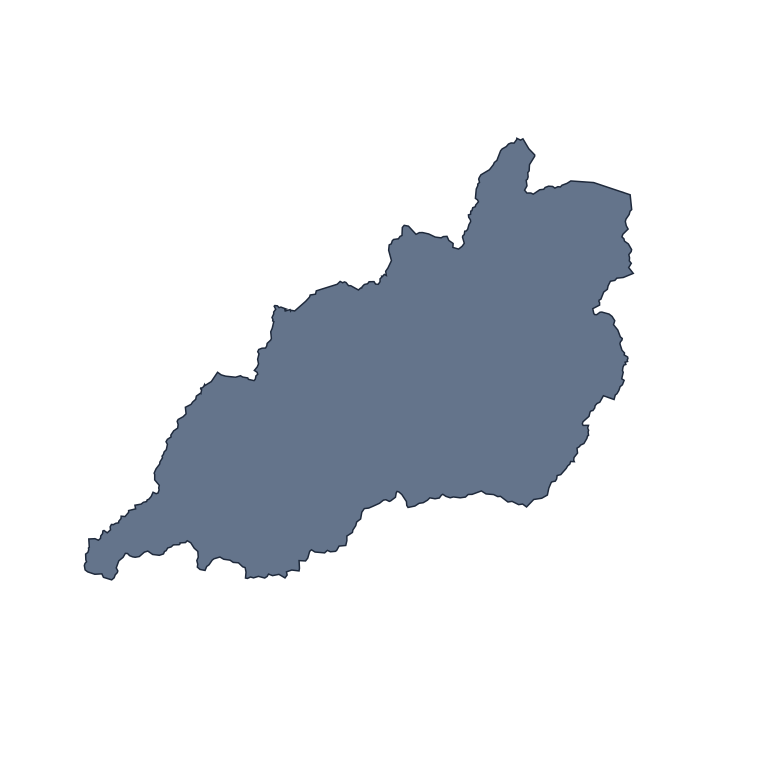 Queenstown-Lakes District, Otago, New Zealand, rotated 200°
{"feature_id": "76426892B58919482239418", "entity_name": "Queenstown-Lakes District", "entity_type": "district", "adm_level": 2, "iso_a3": "NZL", "parent_name": "New Zealand", "parent_adm1": "Otago", "projection": "mercator", "projection_center": [168.951, -44.661], "detail": "fine", "context": "isolated", "style": "filled", "palette": "slate", "viewbox_px": 768, "rotation_deg": 200, "n_neighbors": 0, "source": "geoboundaries", "source_scale": "gbopen_adm2", "svg_char_len": 6171}
<svg xmlns="http://www.w3.org/2000/svg" viewBox="0 0 768 768"><g transform="rotate(200 384 384)"><path d="M223.5,317.5L216.2,316.7L212.7,318.6L208.0,317.2L203.8,326.7L196.7,330.6L192.5,335.5L193.5,342.6L193.2,348.4L192.6,349.6L189.8,351.3L189.3,353.8L190.0,357.2L186.9,359.3L183.9,367.0L183.4,369.9L182.0,372.2L182.1,375.0L178.6,376.1L179.7,377.3L180.3,379.9L178.5,385.3L180.7,389.7L178.8,392.2L178.6,393.6L175.8,396.4L174.7,402.3L175.0,404.7L174.2,405.7L175.8,408.7L175.9,410.5L177.6,412.3L177.7,415.1L182.7,413.2L184.0,414.4L184.1,416.6L180.3,423.7L180.8,428.1L180.1,429.7L178.6,430.5L177.8,433.5L178.2,435.9L177.2,438.5L175.0,440.7L173.8,448.0L162.5,448.1L162.9,452.8L161.8,454.5L161.1,458.2L161.2,462.3L159.7,464.8L159.6,469.6L162.4,470.2L163.2,476.8L164.5,478.2L165.2,481.6L165.0,483.9L163.4,485.1L164.9,486.9L162.8,488.5L163.7,489.7L163.5,491.3L164.3,492.7L168.3,493.5L168.6,495.4L171.9,497.1L176.1,502.5L176.2,504.5L175.4,506.7L175.7,508.3L178.0,509.1L182.8,514.7L188.6,518.2L188.8,522.4L192.8,525.5L196.4,526.7L203.9,526.1L205.6,525.3L207.8,521.9L209.7,521.3L210.9,521.9L213.6,526.2L208.4,531.9L209.3,534.3L210.3,535.0L210.5,536.5L209.2,537.8L209.0,545.5L206.5,549.4L207.0,552.8L206.4,558.0L202.5,560.3L201.4,563.1L195.6,565.9L187.6,573.2L193.9,577.1L192.9,582.0L195.6,583.6L196.4,586.6L198.2,589.3L197.0,592.9L197.3,595.0L202.3,599.2L206.9,600.5L208.2,602.5L210.7,603.6L210.8,606.3L207.6,613.1L210.4,615.5L212.8,619.2L213.0,621.7L211.6,627.1L211.9,630.5L210.9,632.6L217.4,646.0L255.9,645.0L277.9,638.7L280.7,635.1L284.8,631.6L285.6,629.5L288.1,628.9L290.4,626.5L293.1,627.3L297.0,626.2L299.8,623.8L300.5,621.6L304.1,619.8L308.7,613.4L311.3,613.7L315.0,612.3L318.2,614.2L317.4,619.1L320.1,624.1L319.3,625.4L319.4,627.9L321.2,631.8L320.5,633.9L322.3,639.9L320.3,649.5L320.7,650.8L328.4,654.6L337.3,661.9L339.1,659.9L343.2,660.3L342.9,659.2L344.2,654.8L347.0,654.0L349.1,652.1L350.3,648.9L353.4,645.3L354.2,643.0L354.4,632.7L356.1,629.9L356.2,627.6L358.2,621.4L364.5,613.7L365.1,610.5L365.1,608.9L363.2,606.1L364.3,603.9L363.7,602.5L364.0,598.8L361.6,589.7L359.1,589.0L357.6,587.5L359.1,583.4L358.8,581.9L360.9,580.0L360.7,577.0L361.6,576.1L360.7,573.1L362.5,571.8L361.4,569.6L358.9,567.8L358.1,566.1L358.7,562.9L358.3,558.1L359.0,556.0L360.4,555.2L359.7,551.9L360.6,550.2L360.5,548.9L356.7,543.7L357.7,540.1L360.1,536.3L366.0,535.9L367.1,539.7L372.2,541.1L375.3,544.3L378.7,542.8L380.3,540.9L386.1,539.6L393.3,540.3L399.6,539.5L402.6,538.3L405.1,535.6L415.0,540.7L419.3,540.0L420.3,537.3L417.9,529.7L419.4,528.2L420.1,525.4L424.4,523.1L425.2,521.5L425.1,518.2L426.7,516.5L425.4,511.3L419.2,502.5L420.0,494.2L421.0,490.5L418.9,486.8L421.2,487.1L422.1,484.8L423.1,484.5L422.6,483.7L423.7,481.5L422.7,478.8L423.5,475.7L426.1,475.0L428.4,476.8L433.0,475.0L433.7,472.6L436.5,470.8L437.8,468.0L437.8,466.6L438.7,466.3L440.2,463.6L448.9,465.0L451.0,464.3L454.4,466.4L456.1,466.4L457.5,465.0L460.3,465.4L462.1,461.7L479.5,448.4L479.1,445.0L483.8,442.4L483.7,440.2L485.9,434.9L492.9,422.1L496.5,421.5L496.7,420.6L497.7,421.8L501.8,418.8L502.6,420.0L501.6,421.0L507.2,421.0L508.8,419.9L510.9,421.0L513.4,420.4L513.8,419.5L511.3,417.2L512.3,413.9L511.6,412.0L512.0,408.2L510.5,406.7L510.2,405.2L508.9,405.0L508.1,398.1L508.3,394.3L505.4,388.3L505.5,386.5L507.7,382.2L507.2,379.6L507.6,377.3L510.9,375.9L513.5,373.6L513.7,371.1L511.8,369.6L511.2,364.0L508.8,360.0L509.0,356.7L510.5,352.4L507.2,351.6L506.0,349.9L507.1,347.9L506.6,344.5L507.2,342.8L508.1,342.6L513.0,342.0L514.1,343.1L519.2,342.2L521.7,342.7L525.8,339.6L535.5,337.2L540.1,336.9L544.4,338.1L547.1,327.2L551.8,321.3L552.4,322.1L552.6,319.8L553.9,317.8L554.7,317.7L554.7,316.8L553.4,316.1L552.8,312.4L553.3,312.6L556.2,308.5L555.7,305.2L557.7,301.5L558.3,298.9L562.7,294.2L559.8,288.3L561.6,284.5L565.3,280.3L565.6,278.2L563.6,275.5L562.8,272.0L565.6,268.1L566.8,263.1L566.0,261.4L568.6,258.0L569.1,255.2L566.9,253.3L566.1,247.8L567.4,245.0L567.2,242.4L567.9,240.3L566.9,238.8L567.9,234.1L567.4,232.1L569.2,226.3L569.5,221.6L568.5,220.5L566.7,215.5L560.5,211.9L560.2,209.3L559.1,207.5L559.1,204.2L560.6,203.0L564.0,203.3L564.3,198.7L565.6,195.3L566.9,194.1L566.9,192.3L569.7,190.5L571.1,188.1L576.6,184.9L574.7,181.7L580.7,177.7L580.1,176.1L582.0,170.9L585.8,169.9L585.1,167.6L586.3,164.3L585.9,162.8L588.5,161.3L590.2,159.3L592.1,158.8L592.5,156.1L591.1,153.4L593.2,149.5L597.0,150.6L597.9,149.8L597.3,147.2L598.2,144.4L597.6,141.9L599.0,139.5L602.7,139.8L608.4,137.4L605.1,129.8L605.6,128.8L604.8,127.3L604.7,124.4L606.2,122.1L604.0,116.7L602.7,115.2L603.6,113.2L603.5,110.9L601.3,107.1L598.2,106.1L590.7,106.3L584.2,109.1L581.5,106.4L572.9,106.8L571.3,109.6L571.3,112.7L570.1,115.5L570.2,117.3L572.7,119.6L572.7,127.1L569.9,131.9L569.1,136.4L567.0,137.0L564.4,135.7L561.1,135.6L558.5,136.1L554.9,138.2L551.7,144.0L548.8,146.2L543.1,144.7L536.5,146.2L533.1,148.9L533.0,151.5L531.7,152.9L531.2,155.9L528.3,158.1L526.9,160.8L521.6,162.9L521.0,163.9L521.3,164.9L516.3,167.1L515.3,169.4L511.3,168.7L506.2,164.8L501.7,163.0L499.3,157.7L499.5,154.0L497.4,151.0L496.8,148.1L493.5,146.8L488.4,147.6L488.2,151.9L486.6,154.3L485.2,159.7L484.0,161.6L479.0,165.3L474.7,164.5L468.4,165.8L464.7,164.8L459.6,166.2L454.3,163.9L451.7,164.0L449.3,160.0L447.8,154.3L445.8,154.6L443.4,157.0L440.3,157.2L436.2,160.3L429.7,160.9L428.0,163.2L427.5,165.9L423.2,165.8L417.6,169.2L410.7,167.9L409.7,171.4L411.4,174.1L407.1,177.6L399.9,179.3L400.4,181.9L403.4,189.0L397.2,190.9L396.1,194.3L396.6,201.3L395.5,203.4L391.4,202.5L382.0,205.0L380.3,208.3L377.0,208.0L372.5,210.1L371.6,211.3L370.8,216.3L364.7,219.2L365.3,224.1L366.9,228.4L362.9,233.7L363.3,236.2L362.1,241.2L362.5,244.9L359.8,249.2L361.0,255.9L359.9,260.2L355.9,262.2L352.6,265.3L347.4,270.4L344.8,274.7L342.6,275.9L338.9,275.5L337.8,276.4L334.5,281.5L335.3,286.0L335.0,287.5L333.3,287.7L329.5,286.3L322.7,281.2L321.1,277.7L319.2,276.2L313.2,279.9L310.2,283.9L306.5,285.9L303.4,289.7L302.0,292.7L296.8,293.6L293.0,295.8L292.1,299.1L291.0,300.5L287.5,299.6L282.9,299.7L280.2,301.6L273.5,303.1L268.8,305.6L267.1,309.0L263.5,310.4L255.9,316.8L250.5,315.6L243.2,317.6L238.6,317.1L236.1,318.3L227.2,315.5L223.5,317.5Z" fill="#64748b" stroke="#1e293b" stroke-width="1.5"/></g></svg>